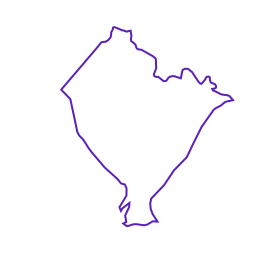 outline of Ida-Viru, rotated 120°
{"feature_id": "EST-1655", "entity_name": "Ida-Viru", "entity_type": "County", "adm_level": 1, "iso_a3": "EST", "parent_name": "Estonia", "parent_adm1": "", "projection": "mercator", "projection_center": [27.147, 59.161], "detail": "fine", "context": "isolated", "style": "outline", "palette": "violet", "viewbox_px": 256, "rotation_deg": 120, "n_neighbors": 0, "source": "natural_earth", "source_scale": "10m", "svg_char_len": 1607}
<svg xmlns="http://www.w3.org/2000/svg" viewBox="0 0 256 256"><g transform="rotate(120 128 128)"><path d="M194.3,55.7L196.5,60.0L201.7,62.8L204.2,65.4L206.9,72.2L208.0,74.2L209.4,75.9L212.3,78.4L213.6,80.0L213.1,84.3L210.3,82.5L205.2,86.7L195.8,87.5L192.2,89.3L200.5,92.7L203.3,92.6L200.9,95.8L187.4,95.5L181.0,99.1L178.5,102.5L179.5,106.4L177.5,111.3L173.9,128.3L167.2,147.2L165.2,151.9L160.3,161.3L159.0,166.3L157.0,169.6L156.8,169.9L146.5,179.1L131.8,192.4L128.2,205.0L71.9,194.6L71.3,194.5L68.0,194.2L67.1,193.8L66.3,193.2L64.8,190.8L61.8,189.1L59.0,188.5L57.9,188.5L56.3,189.0L53.3,190.4L50.7,190.4L49.7,190.6L48.9,191.1L48.0,191.0L47.3,189.8L46.8,186.3L46.3,181.5L45.6,180.4L45.6,179.3L45.3,178.4L45.3,177.5L42.4,174.4L46.5,171.1L50.1,169.7L50.9,168.9L51.3,167.9L51.4,166.4L51.6,164.8L52.3,162.9L54.0,161.2L54.8,160.0L54.8,158.6L53.5,155.4L53.4,142.8L53.8,139.4L54.6,138.2L62.3,133.4L68.4,132.5L69.4,131.9L69.9,130.8L69.7,129.6L69.5,128.8L68.6,127.3L69.6,120.7L69.0,119.5L67.8,118.4L64.3,118.1L62.7,117.4L60.6,115.1L59.8,113.0L58.6,107.1L50.7,109.7L49.9,109.5L48.3,108.3L46.8,105.8L47.5,100.5L52.4,90.7L53.4,87.8L53.1,86.6L52.0,86.2L47.3,85.4L46.2,85.6L45.0,85.6L44.1,85.2L43.2,83.9L43.0,83.2L43.3,82.5L45.4,81.1L47.2,79.1L46.6,74.5L47.1,73.6L47.8,72.6L48.7,72.1L49.5,72.1L50.3,72.6L52.0,74.6L52.9,73.3L52.4,68.0L52.4,65.4L51.9,63.0L50.0,58.5L49.7,57.2L49.6,56.2L50.1,54.5L51.2,51.4L51.4,51.0L56.7,56.8L62.3,58.9L67.1,62.0L69.5,62.9L90.1,64.8L108.4,63.7L123.9,62.5L141.7,67.0L159.4,68.2L177.5,72.6L182.3,71.0L186.7,67.9L190.2,63.7L194.3,55.7Z" fill="none" stroke="#5b21b6" stroke-width="2"/></g></svg>